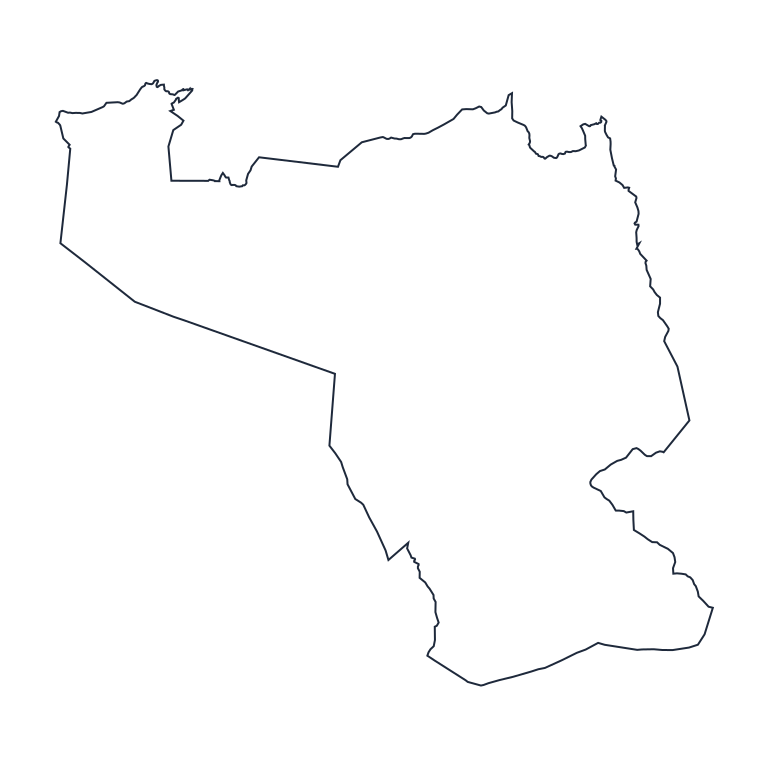 Ziracuaretiro, Michoacán, Mexico (orthographic projection), rotated 181°
{"feature_id": "50627088B75653090640966", "entity_name": "Ziracuaretiro", "entity_type": "district", "adm_level": 2, "iso_a3": "MEX", "parent_name": "Mexico", "parent_adm1": "Michoacán", "projection": "orthographic", "projection_center": [-101.91, 19.437], "detail": "fine", "context": "isolated", "style": "outline", "palette": "slate", "viewbox_px": 768, "rotation_deg": 181, "n_neighbors": 0, "source": "geoboundaries", "source_scale": "gbopen_adm2", "svg_char_len": 6121}
<svg xmlns="http://www.w3.org/2000/svg" viewBox="0 0 768 768"><g transform="rotate(181 384 384)"><path d="M713.1,650.2L713.6,646.3L716.7,640.5L715.6,639.8L714.5,639.5L712.7,637.6L712.2,636.8L708.9,623.9L702.5,617.7L703.7,615.8L703.7,615.3L701.8,613.8L704.5,577.8L710.0,519.1L685.1,500.5L634.6,461.9L595.7,447.6L585.0,444.2L433.2,393.3L437.5,321.4L431.5,313.9L425.5,305.3L423.8,300.1L419.1,288.1L418.7,283.1L410.7,268.5L404.8,264.9L402.6,262.9L396.5,250.4L388.4,236.3L379.5,217.6L376.5,208.1L357.0,225.7L358.0,220.0L354.4,213.3L353.5,210.9L350.1,209.9L349.9,209.0L350.8,207.5L350.7,206.7L346.3,204.6L346.2,203.6L346.9,202.2L346.9,200.4L345.0,196.9L345.0,190.8L339.3,186.3L336.8,182.3L334.9,180.2L330.8,173.9L330.6,170.4L328.6,167.0L328.6,156.8L326.9,151.2L325.2,146.4L327.0,143.2L329.0,142.2L328.6,128.9L329.7,122.7L332.9,119.6L334.8,116.5L335.9,113.1L328.4,108.3L297.2,89.2L295.1,87.6L281.8,84.2L279.2,84.8L274.3,86.7L263.3,90.0L249.8,93.5L231.7,99.1L224.7,101.5L218.2,102.9L201.6,110.8L186.5,118.6L177.7,122.0L165.4,128.9L158.8,127.1L126.2,122.6L121.3,123.1L109.7,123.5L101.1,122.9L90.8,123.0L74.4,125.8L65.6,128.8L59.1,139.3L51.3,166.0L55.6,167.0L60.9,172.6L65.7,177.1L66.6,181.9L68.7,187.3L70.4,189.3L71.9,193.3L74.4,196.0L77.0,197.0L79.0,198.9L83.3,199.5L87.8,199.8L91.4,199.4L91.8,204.9L89.7,211.1L90.5,215.9L92.1,220.0L97.2,224.1L105.5,228.0L108.2,230.5L113.1,230.6L117.6,233.4L121.0,236.0L126.1,239.2L131.6,242.4L132.3,252.6L132.6,261.1L139.5,259.7L142.0,261.1L146.5,261.5L150.1,261.5L153.5,267.2L156.7,271.3L159.4,272.9L161.6,274.5L165.4,280.8L172.7,284.1L174.4,285.2L175.3,286.3L175.9,288.0L176.0,289.6L174.9,292.1L170.2,297.5L166.6,300.7L161.7,302.4L155.9,307.4L149.5,311.2L145.6,312.3L140.7,314.6L134.2,323.2L130.4,324.3L128.5,323.4L126.3,321.8L122.0,317.8L119.9,316.5L115.7,316.5L110.8,320.1L107.0,321.5L104.3,321.1L103.2,320.6L78.0,352.9L90.9,406.5L104.6,431.7L103.7,436.0L100.6,442.0L100.3,444.2L101.7,446.5L106.2,452.7L108.9,454.7L110.9,456.8L111.4,460.6L109.4,469.1L109.5,475.2L112.8,477.8L115.1,480.7L116.5,483.2L119.6,486.3L119.2,493.7L123.4,502.7L123.8,506.9L124.7,509.5L124.5,510.9L123.6,511.9L130.1,518.6L131.1,521.1L132.5,523.1L133.3,523.6L134.0,523.6L131.1,529.3L133.3,527.9L133.9,530.5L134.0,534.4L134.5,540.1L134.0,542.4L132.2,546.3L132.4,547.7L135.6,547.7L136.3,548.9L135.9,549.7L134.3,550.8L132.4,558.6L132.6,561.3L133.7,564.9L136.0,570.0L134.8,574.4L135.1,575.8L142.8,581.3L142.9,582.3L142.3,584.5L143.6,584.8L147.3,584.3L149.0,587.1L152.1,589.6L156.0,591.4L155.7,593.6L156.5,595.7L155.7,602.5L157.4,605.5L157.4,606.2L158.1,606.5L160.0,613.7L161.8,622.2L161.6,627.8L161.7,630.3L162.2,633.5L164.3,634.5L165.8,636.9L167.3,639.8L167.6,640.9L167.6,646.1L167.7,646.3L166.2,649.9L166.2,650.7L167.2,652.0L171.3,655.1L172.3,651.7L171.3,650.9L171.4,649.8L172.1,649.1L173.3,649.1L174.8,647.7L176.0,647.8L176.4,648.4L178.3,647.4L181.9,646.4L182.3,645.5L182.8,645.3L183.5,645.4L187.4,647.6L189.3,647.1L192.0,645.2L190.6,643.2L189.4,640.7L187.2,635.7L187.1,632.5L186.5,626.7L186.3,626.0L187.3,624.0L193.2,620.9L196.4,620.1L199.2,620.2L201.1,619.2L203.0,619.1L205.0,619.5L206.1,619.4L206.7,618.9L207.1,617.6L208.6,617.0L210.1,617.1L211.4,617.6L212.7,617.4L213.5,616.8L214.6,614.2L215.2,613.3L215.9,612.9L218.1,613.2L220.1,614.6L221.4,615.1L222.3,615.2L222.7,615.1L225.0,613.7L226.6,612.2L227.4,612.2L228.4,613.5L228.9,613.8L229.5,613.9L230.3,613.8L231.3,614.0L232.1,614.5L233.4,614.7L234.1,616.3L234.6,616.6L236.0,616.9L237.3,618.8L237.9,619.1L241.0,621.9L241.8,622.6L242.2,623.2L242.9,625.5L243.5,625.9L242.4,627.8L242.2,629.3L243.0,632.5L242.9,635.3L243.1,636.9L243.7,638.2L244.8,639.3L246.4,643.1L247.1,644.1L247.9,644.9L249.1,645.5L254.9,647.8L259.0,649.7L260.5,651.8L260.5,659.1L261.3,668.0L261.1,677.0L264.4,675.0L267.1,664.6L270.2,662.4L271.4,660.8L272.8,659.9L274.5,658.5L276.1,658.2L277.7,657.5L283.9,656.2L285.5,656.5L289.0,659.2L291.6,662.6L293.7,663.1L297.1,661.3L299.9,660.2L306.6,660.3L310.7,659.9L315.6,654.6L319.1,650.2L328.5,644.6L334.4,641.3L339.6,638.6L343.9,636.0L346.5,635.1L348.1,634.8L357.3,634.8L359.3,634.3L360.0,633.0L360.4,632.1L361.2,631.2L362.6,630.4L363.8,630.3L367.8,630.3L369.4,629.8L371.0,629.1L371.9,629.0L373.4,629.0L375.8,629.6L377.6,629.6L381.2,630.5L382.7,629.5L383.8,629.1L384.9,629.1L385.8,629.2L388.8,630.7L389.5,630.9L392.0,630.4L410.4,625.3L431.5,607.0L433.8,600.4L512.9,608.5L520.1,599.1L521.2,595.3L523.6,591.7L525.3,585.2L525.0,582.6L525.3,581.9L526.3,580.7L527.1,580.2L528.6,580.2L528.9,579.8L529.2,579.3L532.2,578.8L535.1,579.2L535.7,580.0L536.6,580.4L538.9,580.4L539.5,580.2L540.1,580.3L540.6,580.7L541.0,581.2L541.7,582.9L541.9,584.3L542.4,585.3L543.1,587.7L545.5,587.7L546.2,588.4L547.2,590.1L548.8,592.2L550.3,589.8L550.8,588.6L552.2,584.9L552.1,583.9L556.6,583.9L556.7,584.2L558.5,584.7L562.0,585.2L563.4,584.0L569.8,584.0L600.1,583.5L603.7,617.7L599.1,634.2L591.3,639.7L589.1,643.8L595.0,648.4L602.4,653.2L598.9,654.5L601.3,660.4L600.9,660.8L599.0,661.8L596.8,665.0L596.8,665.5L595.0,666.7L594.2,666.3L594.1,664.1L593.8,662.2L590.4,664.3L588.3,665.7L587.6,666.3L580.9,674.1L581.2,675.0L580.7,675.6L581.2,675.8L581.9,675.3L583.2,675.0L583.3,675.9L585.1,674.3L586.0,675.2L589.6,674.2L589.8,675.3L590.2,675.2L591.0,674.5L591.3,674.1L595.0,672.8L598.1,669.5L598.6,669.3L600.1,669.9L602.7,670.1L603.5,670.5L603.9,671.1L604.0,672.0L604.5,672.5L605.2,672.9L606.9,672.9L607.9,673.6L608.6,674.5L608.8,674.9L608.8,676.7L609.2,678.2L609.3,679.5L612.3,679.2L614.2,678.1L615.0,677.3L615.8,676.9L616.4,677.2L616.8,678.9L616.1,680.9L615.3,682.2L615.2,682.9L615.4,683.5L615.9,683.8L616.8,683.8L618.8,683.1L620.1,680.7L620.6,680.2L621.6,679.7L623.7,679.9L625.9,680.4L626.6,680.8L627.0,680.9L627.4,680.7L627.8,680.2L628.2,678.5L628.8,677.9L629.8,677.3L630.7,677.0L631.4,676.4L632.9,674.4L636.5,668.5L637.7,667.3L638.6,666.2L639.7,665.3L641.6,664.1L643.6,662.4L646.2,661.9L648.4,660.2L649.4,659.8L650.3,659.7L653.3,660.9L655.3,661.1L666.4,660.3L666.5,660.2L668.8,656.8L670.1,656.0L681.3,650.9L689.3,649.4L690.2,649.2L692.8,649.7L697.1,649.7L700.2,649.4L702.8,649.9L704.6,649.7L709.8,651.5L711.7,651.1L713.1,650.2Z" fill="none" stroke="#1e293b" stroke-width="2"/></g></svg>